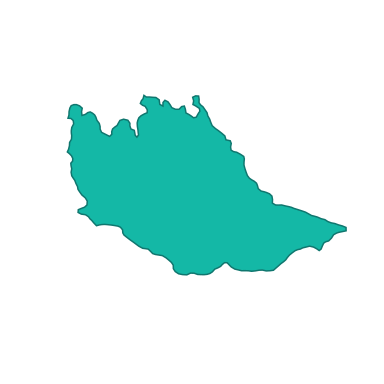 outline of Natalândia, Minas Gerais, Brazil, rotated 125°
{"feature_id": "56859067B59404569750037", "entity_name": "Natalândia", "entity_type": "district", "adm_level": 2, "iso_a3": "BRA", "parent_name": "Brazil", "parent_adm1": "Minas Gerais", "projection": "robinson", "projection_center": [-46.487, -16.539], "detail": "fine", "context": "isolated", "style": "filled", "palette": "teal", "viewbox_px": 384, "rotation_deg": 125, "n_neighbors": 0, "source": "geoboundaries", "source_scale": "gbopen_adm2", "svg_char_len": 3550}
<svg xmlns="http://www.w3.org/2000/svg" viewBox="0 0 384 384"><g transform="rotate(125 192 192)"><path d="M167.0,54.2L164.7,53.5L161.7,54.2L158.4,54.8L156.2,54.0L153.7,52.0L149.8,51.3L145.8,51.5L142.7,50.0L140.6,48.4L138.5,46.4L135.4,43.5L132.7,45.5L133.6,49.5L134.9,53.1L135.9,56.9L137.4,60.2L138.3,63.7L138.4,67.3L139.8,70.9L140.6,74.9L141.7,78.1L142.7,80.6L143.0,83.6L143.4,87.4L144.2,90.3L145.0,92.9L145.9,95.8L146.9,98.9L147.5,101.7L148.5,104.4L149.8,107.4L151.2,111.1L152.7,113.1L154.7,116.0L155.0,119.8L152.0,121.7L149.5,124.2L149.0,127.5L149.8,131.1L150.6,133.5L151.6,135.9L151.3,139.6L149.1,142.2L147.8,144.2L147.5,147.1L147.8,150.2L147.8,152.9L146.8,156.0L144.4,159.5L142.3,162.3L140.1,164.9L137.6,166.6L134.9,168.1L133.2,170.0L133.3,174.0L133.8,178.2L135.1,181.1L135.3,184.0L133.0,186.2L129.7,187.7L128.1,190.1L129.8,194.1L127.2,197.3L126.8,201.5L126.6,205.4L126.6,209.2L126.1,213.5L124.1,216.7L122.2,219.3L120.6,222.7L118.4,225.2L117.1,228.7L115.9,231.9L115.7,235.1L114.8,237.5L111.9,239.4L109.6,241.6L111.2,244.2L114.0,245.8L116.4,242.9L119.8,241.4L119.4,238.5L119.3,233.9L121.3,231.9L123.5,231.9L125.9,231.7L128.2,231.4L130.3,233.3L130.2,236.7L130.3,239.3L130.7,242.3L128.0,244.9L126.0,247.6L128.0,249.5L131.6,250.0L133.7,253.0L134.5,256.9L133.0,260.2L131.9,263.4L132.4,266.8L135.3,267.1L138.3,265.1L138.7,268.6L135.3,271.8L135.3,275.8L137.2,278.9L138.7,281.5L140.4,283.9L140.4,286.8L143.6,285.6L146.2,285.8L149.1,285.1L149.3,282.3L148.7,279.5L150.3,275.8L152.8,274.2L155.5,275.9L158.8,277.5L161.6,278.1L164.4,277.5L166.9,276.5L169.7,274.3L172.1,271.9L173.9,270.4L176.0,268.5L178.7,268.6L178.1,271.1L176.4,272.8L174.6,274.6L175.4,278.2L173.4,280.9L171.3,282.3L170.0,285.7L171.6,289.8L174.7,292.1L178.0,291.8L180.5,291.5L183.1,292.5L185.9,293.2L188.6,292.4L190.7,290.8L193.7,291.4L194.3,295.5L195.0,300.3L193.2,303.3L191.0,304.9L189.0,307.3L187.8,311.0L185.8,313.7L184.7,316.0L184.5,318.7L184.8,321.3L186.7,322.9L189.6,323.9L192.4,326.0L189.6,328.5L186.3,330.0L185.9,333.5L186.7,336.8L188.2,338.9L190.6,340.5L193.3,340.2L196.7,338.8L199.6,336.9L202.7,335.9L201.2,333.3L201.6,330.3L204.1,328.0L208.1,327.5L211.1,326.0L213.0,324.6L214.8,322.9L217.9,321.0L221.6,320.7L224.5,318.9L227.9,317.6L230.7,317.1L230.9,314.4L231.5,311.4L233.0,308.8L235.3,307.5L237.9,307.8L239.9,306.1L242.0,303.8L245.1,302.4L247.7,299.8L248.8,297.2L249.7,294.7L251.6,291.9L253.2,288.9L255.2,286.9L256.3,284.2L257.6,280.5L258.0,276.1L259.5,272.6L262.8,270.6L266.1,271.3L269.0,273.3L271.7,275.0L274.1,273.6L273.6,270.0L271.7,266.2L271.6,262.6L272.5,260.2L272.8,257.8L273.6,254.9L274.4,250.9L272.0,248.9L270.3,247.1L268.6,244.9L267.2,242.5L265.1,238.7L263.6,235.6L262.4,233.0L261.9,230.4L262.8,227.2L265.2,225.2L266.3,222.9L266.6,217.3L266.7,214.4L266.7,211.4L266.8,207.9L266.9,204.4L266.4,200.1L265.0,197.4L263.9,195.1L264.4,191.9L265.0,188.9L264.2,186.2L262.8,183.3L261.1,179.8L260.8,175.4L261.1,171.9L261.5,168.4L262.7,165.4L265.5,163.3L266.8,160.1L266.7,156.1L265.1,152.4L262.8,148.7L259.3,146.7L257.3,143.7L256.3,140.1L254.4,137.1L252.7,134.6L250.8,132.4L248.5,130.6L245.7,129.5L242.1,129.1L239.3,127.3L236.5,125.9L234.0,125.6L231.2,124.8L229.8,122.6L230.3,120.1L230.9,116.9L230.6,112.7L229.3,109.5L228.1,106.3L225.9,103.2L224.1,100.5L222.8,97.8L220.3,94.9L217.6,92.2L215.6,89.6L214.1,86.0L211.7,82.9L209.4,80.4L205.7,79.5L202.9,78.8L199.8,78.1L196.6,77.0L193.8,76.3L191.0,76.3L187.8,76.0L184.3,75.0L181.0,73.9L178.6,72.4L176.6,70.5L174.3,69.3L171.8,67.1L168.9,64.6L167.4,60.8L167.0,57.3L167.0,54.2Z" fill="#14b8a6" stroke="#0f766e" stroke-width="1.5"/></g></svg>